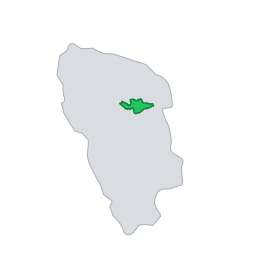 Kazhi, Wangdi Phodrang, Bhutan shown in context, rotated 68°
{"feature_id": "84629894B17880677073525", "entity_name": "Kazhi", "entity_type": "district", "adm_level": 2, "iso_a3": "BTN", "parent_name": "Bhutan", "parent_adm1": "Wangdi Phodrang", "projection": "orthographic", "projection_center": [90.104, 27.757], "detail": "fine", "context": "in_parent", "style": "filled", "palette": "green", "viewbox_px": 256, "rotation_deg": 68, "n_neighbors": 0, "source": "geoboundaries", "source_scale": "gbopen_adm2", "svg_char_len": 5531}
<svg xmlns="http://www.w3.org/2000/svg" viewBox="0 0 256 256"><g transform="rotate(68 128 128)"><path d="M200.4,110.4L200.1,112.0L198.4,116.0L197.4,120.4L198.4,124.0L202.2,128.3L207.3,131.6L213.7,131.8L219.6,130.4L222.0,130.9L225.3,136.6L227.7,141.5L224.7,146.7L223.0,151.2L222.5,154.4L222.9,155.8L224.8,158.3L227.1,162.7L227.5,166.7L226.1,169.4L223.1,170.8L219.8,170.5L217.1,170.6L213.7,171.1L208.5,172.7L203.6,174.7L194.3,174.4L190.6,170.5L188.9,170.5L180.5,175.7L171.4,174.9L154.8,176.7L147.8,177.2L140.7,176.6L137.0,175.6L130.3,171.9L124.2,169.3L118.0,171.7L115.9,172.2L110.9,178.4L100.1,180.5L89.4,182.0L86.2,181.1L80.2,180.7L79.9,179.3L80.1,177.9L78.7,176.7L76.3,175.6L72.1,175.1L66.7,173.5L63.6,172.0L52.6,174.1L46.2,170.7L38.9,166.2L35.3,164.2L34.0,157.2L32.7,154.9L29.9,152.5L28.3,149.7L29.6,146.9L36.9,141.7L37.5,140.4L40.9,130.5L45.6,127.0L50.2,122.0L53.7,114.1L60.5,105.9L67.8,97.6L72.9,90.8L76.2,87.6L83.1,84.3L88.8,82.3L92.8,77.7L97.6,75.2L102.5,74.0L109.8,74.7L116.6,76.3L124.2,78.5L125.1,80.4L124.4,83.6L123.3,86.9L123.3,88.6L124.5,89.5L131.8,90.1L140.9,89.6L145.9,90.0L157.3,93.0L160.6,95.1L164.0,96.7L167.4,96.4L171.7,92.9L176.1,89.8L178.9,89.3L180.9,90.3L184.5,93.1L192.0,95.7L198.7,97.6L200.9,99.5L200.2,107.7L200.4,110.4Z" fill="#d9dde1" stroke="#a8b0b8" stroke-width="1"/><path d="M115.4,116.6L115.5,116.6L115.8,116.5L115.9,116.4L116.0,116.3L116.4,116.4L116.6,116.2L116.8,116.2L117.1,116.0L117.2,115.7L117.3,115.6L117.5,115.3L117.6,115.2L117.6,114.9L117.7,114.7L117.7,114.4L117.7,114.1L117.7,113.8L117.7,113.7L117.8,113.4L117.8,112.8L117.9,112.3L118.0,112.1L118.1,111.9L118.1,111.7L118.0,111.4L118.0,111.2L118.0,110.9L117.9,110.7L117.7,110.3L117.6,110.2L117.4,110.0L117.3,109.9L117.3,109.7L117.2,109.4L117.2,109.0L117.4,108.5L117.3,108.4L117.2,108.2L117.0,107.8L117.0,107.6L116.9,107.5L116.8,107.4L116.7,107.3L116.6,107.2L116.5,106.9L116.4,106.8L116.4,106.7L116.2,106.4L116.2,106.2L116.3,106.1L116.4,105.8L116.5,105.6L116.5,105.2L116.6,104.8L116.7,104.7L116.4,104.3L116.4,104.2L116.2,104.0L116.3,103.9L116.4,103.6L116.5,103.4L116.8,103.3L117.2,103.1L117.3,103.0L117.3,102.8L117.2,102.7L117.0,102.3L117.0,102.2L117.1,101.8L117.1,101.7L117.2,101.4L117.1,101.2L117.2,100.9L117.2,100.7L117.2,100.2L117.2,99.8L117.1,99.5L117.0,99.4L116.9,98.9L117.1,98.6L117.1,98.4L117.1,98.2L116.9,98.0L117.0,97.7L117.0,97.4L117.0,97.0L117.0,96.7L116.8,96.5L116.9,96.4L116.8,96.0L116.6,96.0L116.0,96.0L115.9,96.0L115.3,96.0L115.1,96.1L114.9,96.1L114.6,96.3L114.5,96.7L114.6,96.8L114.6,97.0L114.4,97.3L114.4,97.6L114.4,97.8L114.1,98.0L113.8,98.7L113.7,98.8L113.5,99.0L113.5,99.4L113.4,99.4L113.3,99.5L113.1,99.6L113.0,99.9L112.8,100.1L112.7,100.4L112.5,100.6L112.4,100.7L112.4,100.9L112.2,101.1L112.0,101.4L111.9,101.4L111.9,101.5L111.7,101.6L111.6,101.9L111.5,102.1L111.4,102.3L111.3,102.8L111.2,102.9L111.1,103.1L111.0,103.4L111.0,103.5L110.7,103.9L110.7,104.0L110.4,104.3L110.2,104.4L110.0,104.5L109.9,104.7L109.8,104.8L109.7,104.9L109.6,105.0L109.3,105.0L109.0,104.8L108.9,104.8L108.8,104.7L108.7,104.7L108.2,104.7L107.9,104.6L107.5,104.7L107.2,104.9L106.7,105.0L106.4,105.0L106.2,104.9L106.1,105.0L105.9,105.1L105.8,105.4L105.7,105.7L105.7,105.9L105.7,106.3L105.8,106.5L105.6,106.9L105.7,107.1L105.7,107.3L105.6,107.6L105.7,107.9L105.6,108.3L105.7,108.5L105.7,108.9L105.8,109.0L105.8,109.3L105.9,109.6L105.8,110.0L105.7,110.2L105.6,110.4L105.6,110.5L105.4,110.6L105.2,110.8L104.7,111.1L104.4,111.2L104.3,111.4L104.2,111.7L104.0,111.9L103.8,112.0L103.6,112.1L103.4,112.3L103.3,112.5L103.1,112.6L103.0,113.0L102.9,113.2L102.9,113.3L103.0,113.5L102.9,114.0L102.7,114.3L102.7,114.5L102.8,114.6L102.8,114.8L102.6,115.1L102.8,115.2L102.9,115.3L103.0,115.3L103.2,115.5L103.4,115.6L103.7,115.7L103.9,115.8L104.0,115.8L104.3,115.8L104.5,115.8L104.8,115.5L105.1,115.5L105.3,115.5L105.5,115.5L105.9,115.7L106.2,116.1L106.4,116.2L106.7,116.7L106.8,116.9L106.9,117.0L107.0,117.0L107.3,117.4L107.5,117.5L107.6,117.8L107.6,118.1L107.4,118.3L107.2,118.4L107.1,118.6L106.8,118.8L106.8,119.0L106.7,119.1L106.4,119.6L106.2,119.7L106.2,119.8L105.7,119.7L105.5,119.8L105.2,119.7L104.9,119.8L104.8,120.1L104.7,120.2L104.6,120.4L104.6,120.5L104.4,120.6L104.2,120.8L103.9,121.0L104.0,121.1L103.9,121.3L103.8,121.5L103.6,121.8L103.4,121.9L103.1,121.9L103.0,122.0L102.9,122.2L102.6,122.3L102.3,122.3L102.2,122.4L102.1,122.5L101.9,123.0L101.3,123.6L101.2,123.6L101.2,123.9L101.3,124.0L101.7,124.3L101.8,124.5L102.1,124.8L102.5,124.9L102.7,125.1L102.9,125.1L103.1,125.2L103.2,125.3L102.9,125.3L102.7,125.5L102.6,125.8L102.6,126.0L102.4,126.1L102.2,126.2L102.3,126.3L102.2,126.4L102.3,126.5L102.6,126.4L102.8,126.3L102.9,126.2L103.1,126.0L103.5,125.9L104.1,125.6L104.3,125.4L104.6,125.2L104.9,124.9L105.3,124.6L105.6,124.7L106.1,124.7L106.3,124.6L106.5,124.2L106.6,123.9L107.0,123.8L107.4,123.7L107.5,123.6L107.9,123.4L108.1,123.4L108.3,123.4L108.5,123.4L109.0,123.4L109.0,123.2L109.3,122.5L109.6,122.2L110.0,122.1L110.2,121.8L110.2,121.7L110.0,121.4L110.2,121.2L110.3,121.1L110.1,120.3L110.2,120.2L110.3,120.2L110.6,120.0L110.7,119.9L110.8,119.8L111.0,119.7L111.3,119.5L111.4,119.4L111.5,119.3L111.5,119.2L111.5,118.8L111.5,118.7L111.5,118.2L111.4,118.1L111.3,117.8L111.3,117.7L111.1,117.5L110.9,117.4L111.0,117.2L111.1,116.8L111.2,116.7L111.5,116.4L111.8,116.1L111.9,115.9L112.0,115.8L112.3,115.8L112.5,115.8L112.9,115.7L113.0,115.7L113.3,115.8L113.5,115.9L113.7,116.1L113.8,116.2L114.0,116.0L114.3,115.9L114.5,115.9L114.8,116.0L115.0,116.1L115.3,116.2L115.3,116.3L115.3,116.5L115.4,116.6Z" fill="#22c55e" stroke="#15803d" stroke-width="1.5"/></g></svg>